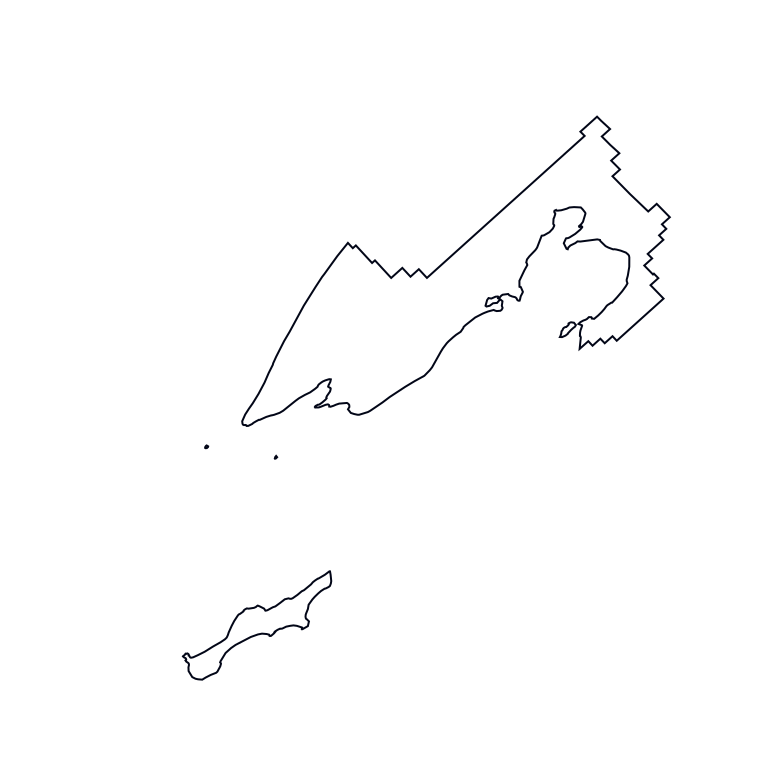 the district of Nome, Alaska, United States of America, rotated 318°
{"feature_id": "52423323B54983735958036", "entity_name": "Nome", "entity_type": "district", "adm_level": 2, "iso_a3": "USA", "parent_name": "United States of America", "parent_adm1": "Alaska", "projection": "robinson", "projection_center": [-165.641, 64.759], "detail": "fine", "context": "isolated", "style": "outline", "palette": "ink", "viewbox_px": 768, "rotation_deg": 318, "n_neighbors": 0, "source": "geoboundaries", "source_scale": "gbopen_adm2", "svg_char_len": 6107}
<svg xmlns="http://www.w3.org/2000/svg" viewBox="0 0 768 768"><g transform="rotate(318 384 384)"><path d="M451.6,255.0L434.9,257.7L413.1,262.4L409.7,263.0L398.0,266.1L376.9,272.1L348.9,282.0L338.4,285.3L322.3,291.5L315.4,294.5L314.3,295.3L305.6,298.7L296.2,303.0L284.1,307.4L273.6,310.5L267.0,312.0L260.4,313.8L253.7,316.8L252.3,318.8L252.0,319.8L252.4,320.8L253.8,321.9L254.0,322.6L253.8,322.7L253.8,323.2L255.1,324.3L259.3,325.5L260.9,325.5L263.9,326.1L267.1,326.9L267.6,327.5L274.5,329.7L279.3,331.9L279.4,332.1L281.8,333.4L287.2,335.6L291.2,336.4L307.1,337.3L311.2,337.7L318.0,339.2L323.5,340.8L329.8,341.5L332.7,341.6L334.2,340.9L335.5,340.7L338.4,340.9L340.2,341.2L342.7,342.0L346.0,343.5L346.9,344.1L347.6,345.0L345.5,346.5L342.0,347.8L340.7,348.6L341.2,350.6L341.5,351.0L341.5,351.4L341.3,351.8L340.4,352.5L338.8,353.5L333.6,354.7L332.1,355.4L331.9,356.2L330.1,356.5L325.6,356.4L322.3,356.0L321.7,355.8L321.1,355.2L318.5,354.5L317.4,354.7L317.2,354.8L317.1,355.4L319.9,357.8L322.0,358.7L326.7,360.4L328.7,361.6L329.1,362.8L328.7,363.7L328.2,364.1L329.0,365.1L331.9,366.4L334.6,367.3L337.6,368.6L343.8,373.3L344.2,374.7L344.2,376.0L344.0,376.5L342.9,377.9L340.3,378.7L340.0,383.3L341.7,386.3L343.8,389.2L344.9,390.2L353.3,394.1L355.9,394.7L370.5,396.7L379.6,397.5L397.9,400.3L408.8,402.4L419.5,404.9L427.2,404.4L430.8,403.8L447.9,398.0L451.7,396.9L457.9,395.7L460.4,395.5L466.6,395.5L470.6,395.7L475.9,396.5L480.2,395.5L481.3,394.9L483.7,394.8L496.3,395.6L504.3,397.7L506.4,398.4L509.8,399.7L515.1,402.4L515.4,403.3L516.5,405.2L519.4,407.4L520.8,407.6L522.5,407.1L523.1,406.7L523.9,404.7L527.4,401.8L527.0,398.8L522.3,399.4L519.1,397.0L514.9,396.6L512.0,395.0L511.8,393.8L516.8,390.6L519.2,390.1L520.9,392.3L525.4,393.8L527.2,395.2L527.2,395.9L526.1,396.6L526.4,397.3L530.4,396.8L532.0,397.1L536.5,400.2L536.5,402.0L537.8,404.7L539.4,407.0L539.7,407.7L539.8,409.2L539.5,409.9L539.3,410.8L539.6,412.0L540.5,412.8L541.6,412.2L544.3,410.3L548.3,408.8L548.9,408.4L550.4,403.9L550.5,403.3L549.7,402.5L549.8,402.3L553.7,397.9L564.3,393.5L570.1,391.5L570.9,389.8L571.0,388.9L573.6,387.1L577.4,386.4L585.9,385.8L587.9,385.4L589.2,385.0L600.4,379.3L601.7,380.2L602.5,380.6L608.6,381.9L613.4,381.5L614.2,381.2L616.2,380.4L616.7,380.0L616.8,379.8L616.7,378.9L617.1,378.1L620.5,374.7L622.1,374.0L624.7,372.5L625.5,371.7L625.4,370.9L625.7,370.0L626.7,369.3L628.3,369.8L628.1,370.4L629.1,371.4L632.0,373.5L637.1,376.0L639.9,376.9L643.6,379.7L648.4,384.5L648.5,387.1L648.2,391.3L647.7,392.2L640.4,396.6L637.5,397.2L634.5,397.2L634.2,397.8L634.3,398.1L636.3,398.9L636.5,399.6L636.4,400.0L636.0,400.2L633.0,400.6L626.5,400.4L619.8,399.2L618.2,398.6L616.9,397.6L616.1,397.8L611.8,399.7L610.1,405.7L610.7,406.8L612.3,405.9L615.2,405.8L620.5,407.3L623.2,407.5L625.2,409.5L639.2,419.2L640.9,421.5L640.4,422.4L640.9,429.8L642.0,432.7L644.4,437.3L645.3,437.9L646.7,439.6L649.1,443.2L651.7,448.2L652.1,451.2L651.9,452.6L651.0,454.1L644.7,461.0L643.6,461.9L637.7,466.6L634.1,468.9L633.2,470.0L632.3,472.1L629.4,473.1L622.9,474.5L615.3,475.5L608.0,476.2L607.5,475.7L602.8,474.9L601.3,475.0L598.0,475.7L593.9,476.2L589.0,476.4L583.8,476.2L582.3,474.5L582.6,474.2L582.8,473.1L581.0,471.4L578.3,471.5L576.7,471.1L574.6,470.2L571.1,469.4L568.7,469.5L569.2,470.5L570.4,472.7L570.2,473.3L565.8,475.7L564.1,477.0L562.1,479.0L561.7,479.5L561.9,480.1L561.3,481.2L552.9,488.8L564.5,488.9L564.6,495.1L575.1,495.1L575.3,501.4L585.8,501.4L585.9,507.6L648.9,507.6L648.2,488.9L658.7,488.9L658.4,482.6L657.2,482.6L656.7,470.1L667.3,470.1L667.0,463.8L688.1,463.8L687.9,457.6L697.6,457.6L697.4,451.3L708.0,451.3L707.2,432.6L695.8,432.6L693.9,407.5L692.8,382.5L702.9,382.5L702.3,370.0L713.3,370.0L712.1,357.8L711.5,345.8L722.6,345.8L721.5,333.9L721.2,327.9L698.8,327.9L699.1,333.9L486.9,333.9L486.7,322.0L475.5,322.0L475.3,310.0L460.3,310.0L460.0,286.1L456.1,286.1L455.8,262.2L451.7,262.2L451.6,255.0ZM46.7,466.6L45.4,473.5L46.7,476.9L48.2,479.0L51.1,482.1L55.0,482.8L60.7,484.3L66.0,486.3L67.7,486.3L73.3,484.3L75.7,482.8L76.0,482.0L75.9,481.3L76.9,480.7L86.3,477.9L93.6,477.9L99.2,478.6L115.8,482.9L122.8,485.8L126.3,487.9L129.5,491.3L130.9,493.4L130.8,494.0L130.4,494.4L130.6,495.0L131.6,495.6L135.4,495.7L136.1,495.6L135.8,495.4L136.5,495.1L137.6,495.0L140.5,495.5L143.1,496.3L143.3,496.7L144.8,497.7L149.0,498.9L152.4,500.9L155.2,502.8L157.4,505.4L160.2,510.2L160.2,510.3L158.9,511.1L158.9,511.4L159.5,511.7L165.4,513.0L169.4,510.2L169.2,506.9L169.0,506.5L169.1,505.9L169.9,504.5L171.4,503.1L172.6,502.4L176.9,500.3L180.3,497.6L186.6,496.2L190.1,495.8L195.2,495.6L198.7,495.7L201.9,496.2L203.0,496.4L203.7,496.9L207.0,497.8L208.7,497.9L211.0,496.7L212.9,495.2L216.7,490.0L218.5,487.1L218.1,486.7L212.4,486.2L205.0,484.7L204.7,484.4L201.4,483.9L198.5,483.7L195.7,484.1L186.6,483.7L184.2,483.0L178.6,482.8L172.8,482.1L171.4,481.6L171.0,481.3L170.4,480.7L169.6,479.4L166.2,477.6L160.5,477.2L154.5,476.6L151.9,475.5L146.3,474.2L145.3,473.8L144.2,473.1L144.6,470.7L142.8,466.0L141.9,464.2L140.9,464.0L139.5,464.0L137.5,463.3L133.1,460.4L131.9,459.0L130.0,458.5L128.4,458.4L127.9,458.5L127.6,458.9L126.8,458.9L123.2,458.5L122.0,458.1L120.6,458.2L114.1,459.9L109.0,461.8L102.4,464.7L100.0,466.1L97.9,467.0L97.3,467.2L95.0,467.3L89.9,466.6L81.3,464.7L71.6,463.0L64.0,460.9L59.3,459.4L57.6,458.4L57.1,457.8L57.0,457.3L57.4,455.8L57.1,455.1L57.9,454.4L57.9,453.7L57.7,452.8L56.8,452.5L56.5,451.8L56.1,451.6L54.7,452.0L52.6,451.8L52.3,451.9L52.5,453.6L53.0,454.7L53.1,455.4L52.6,456.5L52.3,456.7L51.5,456.6L51.3,457.9L51.9,460.4L51.8,461.2L51.1,462.3L49.1,463.7L46.7,466.6ZM547.5,466.3L546.2,466.8L547.7,468.3L551.3,469.5L554.2,469.7L554.7,469.4L559.2,469.0L562.1,469.0L564.3,469.2L566.0,468.6L566.2,465.6L564.3,463.3L562.8,462.7L561.6,462.5L561.4,462.8L561.5,463.0L561.3,463.3L560.1,463.6L557.6,463.6L556.8,463.0L555.2,462.6L554.2,462.7L552.7,463.4L551.2,463.6L549.6,465.0L547.5,466.3ZM208.7,311.4L208.3,311.8L208.5,312.4L209.5,313.1L211.0,313.1L211.6,312.7L211.1,311.0L210.4,310.9L209.3,311.1L208.7,311.4ZM253.0,366.3L253.0,366.6L253.9,367.0L255.6,366.9L255.7,365.3L254.3,365.5L253.0,366.3Z" fill="none" stroke="#020617" stroke-width="2"/></g></svg>